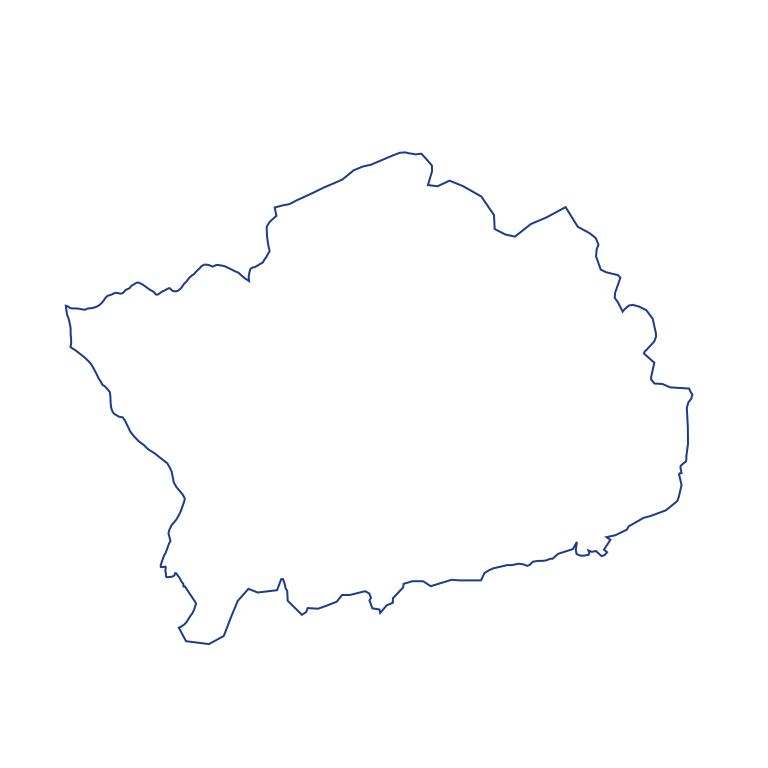 outline of Moneasa, Bihor, Romania, rotated 259°
{"feature_id": "2599482B38524178842533", "entity_name": "Moneasa", "entity_type": "district", "adm_level": 2, "iso_a3": "ROU", "parent_name": "Romania", "parent_adm1": "Bihor", "projection": "orthographic", "projection_center": [22.292, 46.464], "detail": "fine", "context": "isolated", "style": "outline", "palette": "blue", "viewbox_px": 768, "rotation_deg": 259, "n_neighbors": 0, "source": "geoboundaries", "source_scale": "gbopen_adm2", "svg_char_len": 5323}
<svg xmlns="http://www.w3.org/2000/svg" viewBox="0 0 768 768"><g transform="rotate(259 384 384)"><path d="M608.0,443.7L606.7,436.4L606.2,433.9L602.4,416.0L601.8,413.4L601.5,404.5L600.5,399.6L599.5,394.8L598.4,392.9L592.6,382.1L590.4,372.1L588.3,362.2L585.5,351.9L583.1,342.4L581.0,333.4L578.6,325.4L578.7,319.1L578.1,310.4L573.1,310.4L569.6,310.5L568.5,308.6L566.5,305.2L564.9,302.7L562.8,300.7L561.0,299.0L559.6,298.6L556.3,298.1L554.2,297.8L551.5,297.4L548.9,297.2L545.8,297.0L542.6,296.9L539.0,297.0L536.8,297.1L535.6,296.8L534.9,295.8L533.1,294.3L530.6,292.3L529.3,290.6L527.6,289.3L526.4,288.2L525.8,286.3L524.7,283.3L523.8,280.8L523.3,279.1L523.4,277.5L523.0,275.8L522.5,274.9L520.4,273.8L518.8,273.0L516.6,272.2L515.1,271.6L510.8,271.2L511.8,270.2L514.2,267.6L517.7,264.9L519.2,263.7L521.1,262.3L523.1,259.2L528.0,252.9L530.1,250.0L531.1,247.7L531.8,245.5L532.5,244.1L532.8,242.1L532.5,240.5L532.0,238.9L532.1,237.8L532.8,237.0L533.3,236.1L534.1,234.9L534.8,233.1L535.3,231.5L535.4,230.5L535.0,228.8L534.4,227.1L532.7,225.0L531.7,223.4L530.7,221.9L529.3,219.9L528.0,218.4L527.5,216.9L526.2,214.4L524.8,212.4L523.1,210.6L521.9,209.2L521.1,207.8L519.9,206.2L518.5,204.9L517.3,203.7L516.5,202.5L515.6,201.0L515.0,199.8L514.6,198.0L515.1,195.4L515.9,194.1L517.0,193.3L518.6,192.2L519.1,191.5L518.8,189.8L518.1,187.7L517.4,185.5L516.9,183.4L516.2,181.9L515.4,180.3L514.9,178.6L515.4,177.1L517.4,176.1L519.2,174.7L520.7,172.7L522.5,170.9L525.1,168.5L528.0,165.7L530.5,162.2L530.6,160.4L529.8,158.3L528.8,155.5L528.1,154.1L526.8,152.8L526.3,151.4L525.8,149.0L525.3,147.8L524.2,146.6L523.1,144.9L522.9,143.7L523.0,142.3L524.1,140.0L524.7,138.0L524.6,136.5L523.9,134.4L523.5,131.5L523.3,129.5L522.0,127.3L520.6,126.0L518.3,123.5L517.1,122.0L515.4,118.8L514.7,116.5L514.3,113.5L514.2,111.4L514.5,109.9L514.5,106.7L513.9,104.7L515.1,101.3L515.9,99.4L516.6,97.5L517.1,95.0L517.8,92.0L517.9,91.7L518.5,90.6L518.8,89.9L520.4,88.7L521.1,87.4L521.5,86.6L514.7,86.2L512.4,86.1L508.9,86.8L506.1,87.0L505.8,87.0L504.2,87.0L502.4,87.1L498.4,87.0L492.6,85.9L488.2,85.5L483.4,84.6L480.1,83.3L478.1,85.3L475.7,87.8L466.9,95.4L462.0,98.8L460.0,99.8L458.1,100.8L453.1,102.4L447.5,104.1L444.2,104.9L439.7,106.6L437.0,107.4L435.0,109.5L431.4,111.8L428.4,113.3L424.6,113.1L420.5,112.5L416.5,111.9L412.2,111.7L408.1,112.4L406.1,113.6L404.2,115.6L402.4,117.7L401.2,121.1L397.0,122.9L389.9,124.8L385.8,125.8L380.5,128.5L374.7,132.2L370.3,136.3L365.1,139.9L359.5,145.8L352.8,151.5L347.6,156.1L342.2,158.0L338.7,158.8L332.8,158.9L327.6,158.8L322.4,160.6L317.7,163.2L313.6,165.4L309.8,166.6L307.6,165.9L299.0,160.9L296.2,159.0L295.4,158.4L290.7,154.5L286.0,148.6L281.7,145.4L278.4,143.9L274.3,144.2L270.6,144.4L268.4,142.5L265.0,140.5L259.5,137.2L257.5,135.3L252.8,132.5L251.7,131.9L248.4,130.1L247.0,130.0L246.8,130.8L246.6,131.4L246.5,131.8L246.5,133.2L246.5,134.5L245.5,134.8L243.9,134.2L242.7,133.7L239.3,133.7L236.8,133.3L235.8,133.9L235.5,136.6L235.3,138.8L235.6,140.7L236.3,141.9L238.0,142.6L238.1,143.5L237.1,144.3L235.6,144.9L232.4,146.4L228.9,147.4L226.2,148.8L224.7,148.7L223.4,148.6L223.3,149.3L223.3,149.9L217.7,152.3L217.0,152.5L205.4,157.4L204.1,157.6L201.5,156.0L198.5,154.4L195.3,152.0L192.9,149.3L189.5,146.2L187.4,144.1L185.7,141.4L185.1,139.9L184.8,139.2L184.4,137.9L183.9,136.1L169.3,140.6L162.1,162.5L163.7,167.6L167.3,178.7L185.8,190.3L198.9,199.0L208.8,211.8L203.4,220.3L202.0,239.7L212.0,245.8L211.8,247.6L206.2,248.4L203.6,248.4L202.4,248.4L199.2,249.5L189.6,248.1L173.1,259.4L175.0,264.1L178.6,266.3L176.0,276.5L177.2,284.5L179.3,296.0L184.9,302.6L183.4,310.2L184.2,325.9L181.1,329.6L176.7,330.4L174.2,328.4L166.0,329.8L163.5,336.5L160.0,336.6L166.2,344.4L167.6,350.9L172.0,351.9L180.5,363.8L184.1,365.2L185.0,374.4L182.9,384.8L176.6,391.3L178.0,404.4L178.9,413.0L176.8,420.8L172.7,441.7L179.3,446.6L181.2,451.8L182.2,456.0L182.7,470.8L181.8,475.0L181.9,481.8L180.4,486.3L178.2,489.8L178.6,492.4L181.2,496.4L180.9,502.1L180.1,505.9L179.9,509.6L180.7,514.0L180.3,516.1L184.0,522.4L184.6,526.9L185.9,537.9L192.2,543.2L185.9,541.1L184.7,540.6L180.4,540.6L179.6,541.7L178.6,543.1L177.6,545.5L177.3,549.1L177.3,552.2L178.8,553.2L181.6,552.9L179.6,555.9L179.6,560.2L173.6,564.7L173.9,567.8L176.3,570.9L179.4,568.3L187.8,576.5L191.2,573.2L191.4,582.2L194.7,594.6L197.6,597.1L203.1,613.3L203.5,620.0L206.2,636.5L213.2,649.7L217.3,652.0L228.0,656.8L239.1,656.4L239.8,656.8L239.7,658.1L239.9,659.1L245.0,659.0L246.9,659.5L248.5,661.9L250.3,665.6L253.3,666.7L255.2,666.9L267.2,671.0L283.5,674.0L302.8,676.7L307.8,679.2L311.0,682.8L314.6,684.7L318.5,683.2L321.3,682.7L326.1,664.2L330.9,657.3L332.9,649.5L337.4,647.1L340.2,647.7L353.3,653.4L364.4,644.9L366.4,646.3L367.2,647.9L374.2,657.4L378.4,660.0L381.8,660.6L396.8,660.2L406.4,655.6L411.3,649.2L414.2,643.3L414.3,639.5L411.4,634.3L409.5,632.1L410.7,631.9L413.2,631.0L419.0,629.4L424.7,626.9L429.7,628.4L443.2,636.3L446.2,634.5L451.3,623.4L454.9,618.6L468.8,616.5L475.7,618.5L479.9,621.1L486.9,619.7L492.8,614.6L501.4,604.2L523.0,596.0L516.6,575.6L513.0,558.7L503.7,540.7L507.5,531.8L515.0,522.2L528.8,524.2L549.5,515.3L563.3,499.1L571.1,487.1L567.9,474.3L570.9,465.1L583.7,471.8L589.4,472.7L596.3,468.7L601.5,465.5L602.9,464.7L603.1,462.8L603.4,458.6L604.6,455.8L604.7,455.6L605.6,452.7L607.3,449.1L607.4,447.9L608.0,443.7Z" fill="none" stroke="#1e3a8a" stroke-width="2"/></g></svg>